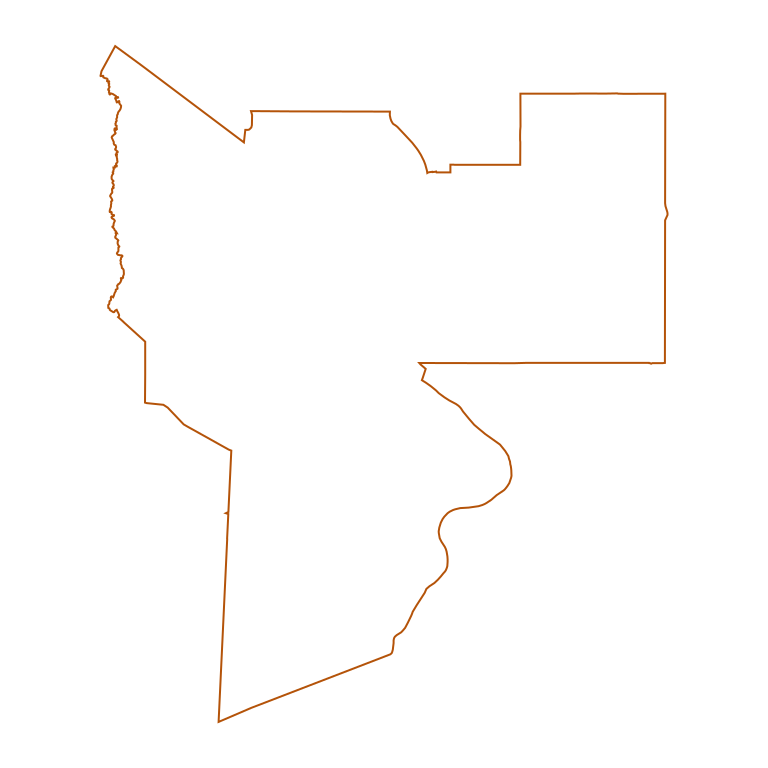 Murray Bridge, South Australia, Australia (Equal Earth projection)
{"feature_id": "25037944B7394804053319", "entity_name": "Murray Bridge", "entity_type": "district", "adm_level": 2, "iso_a3": "AUS", "parent_name": "Australia", "parent_adm1": "South Australia", "projection": "equal_earth", "projection_center": [139.209, -35.2], "detail": "fine", "context": "isolated", "style": "outline", "palette": "amber", "viewbox_px": 768, "rotation_deg": 0, "n_neighbors": 0, "source": "geoboundaries", "source_scale": "gbopen_adm2", "svg_char_len": 6041}
<svg xmlns="http://www.w3.org/2000/svg" viewBox="0 0 768 768"><path d="M218.6,721.9L251.2,707.9L390.4,654.3L391.7,653.1L392.2,651.9L392.8,649.7L393.6,643.1L393.6,640.4L393.9,638.8L394.2,637.9L394.9,636.7L396.7,635.1L401.2,632.3L402.9,630.5L405.1,627.9L407.8,622.8L411.2,615.8L412.1,613.6L412.7,611.8L416.6,605.3L424.7,592.8L426.4,588.9L429.5,586.2L434.4,583.0L437.7,579.9L440.7,576.6L443.3,573.4L445.1,571.4L446.0,569.9L446.8,567.9L447.3,566.2L447.6,562.0L447.6,559.2L447.4,556.3L446.6,551.6L445.9,549.2L444.9,547.0L441.4,541.6L439.7,538.2L438.8,533.0L438.7,531.3L439.3,527.6L440.8,522.7L442.6,519.1L444.3,516.7L447.6,513.2L449.7,511.7L453.1,510.0L455.2,509.3L460.2,508.1L468.7,507.6L478.5,506.2L482.4,505.0L484.7,504.0L486.5,503.0L491.3,499.8L496.7,495.1L503.7,490.4L504.8,489.4L506.2,487.7L507.4,486.1L509.3,483.1L511.1,477.8L511.5,475.9L511.3,470.2L511.1,468.3L510.8,466.1L510.3,464.3L510.0,461.5L509.0,458.8L508.4,456.2L508.0,455.5L505.2,451.0L501.4,446.3L500.1,444.7L499.2,444.0L485.3,434.1L478.9,428.8L474.2,424.8L468.9,418.7L463.0,411.5L461.0,408.4L459.8,407.0L458.4,405.7L456.0,404.0L449.4,400.5L444.4,397.3L438.8,393.2L436.0,390.4L430.7,386.1L425.9,382.7L421.9,380.2L422.8,377.7L425.7,368.9L420.6,364.5L419.3,363.0L514.3,363.2L525.2,362.9L649.0,362.9L649.1,363.1L650.3,363.2L651.1,363.7L652.4,363.1L662.9,363.1L664.9,362.9L665.1,220.3L667.5,215.0L667.5,213.3L667.3,212.0L665.5,206.2L665.1,203.2L665.3,93.7L623.6,93.8L620.4,93.7L618.1,93.7L617.8,93.5L617.3,93.4L605.3,93.6L582.0,93.5L572.3,93.7L520.4,93.7L520.5,126.6L520.2,130.4L520.1,135.0L520.1,140.1L520.3,142.0L520.2,164.8L454.5,164.8L453.9,164.7L450.4,164.7L450.4,172.4L436.5,172.4L436.1,171.5L435.1,171.8L432.5,172.1L432.4,171.8L429.3,172.2L428.3,172.4L427.3,173.0L426.9,170.4L425.3,164.6L423.9,160.9L420.9,154.9L418.3,150.7L416.6,148.3L412.2,142.7L405.4,135.4L397.4,126.9L395.5,125.4L393.3,124.0L392.7,123.3L391.4,121.1L390.5,118.6L389.8,115.2L389.9,111.6L293.9,111.4L251.0,111.1L252.1,115.0L251.9,125.2L251.3,127.5L249.3,129.5L247.9,129.9L245.3,129.9L243.9,142.4L142.6,66.2L115.2,46.1L101.5,71.2L100.5,75.9L100.7,76.1L103.0,75.8L103.3,76.1L103.2,77.0L103.4,77.4L105.2,78.2L106.8,78.5L107.5,79.1L107.6,79.5L107.1,80.5L107.1,81.2L107.7,81.5L108.9,81.2L109.1,81.4L109.2,81.8L108.6,82.6L108.5,83.1L109.2,83.8L109.2,84.2L108.8,84.9L108.8,85.2L108.9,85.9L109.5,86.5L109.4,87.5L108.4,88.9L108.2,89.7L108.3,89.9L108.8,89.8L109.2,90.7L108.9,92.2L109.3,93.0L109.4,93.4L109.3,93.8L109.5,94.2L109.9,94.5L110.1,94.4L110.8,93.4L112.8,94.0L116.0,96.1L116.1,96.7L116.6,96.9L118.0,97.2L118.1,97.6L117.6,97.8L115.3,98.0L115.2,98.1L115.2,98.5L115.9,99.8L116.3,100.6L116.6,102.0L116.9,102.4L117.8,102.0L118.6,101.2L119.1,101.1L119.2,101.3L119.4,101.8L119.3,103.2L119.5,103.6L120.7,105.2L121.1,105.8L121.0,107.1L120.5,108.9L119.6,110.5L118.6,111.6L117.9,113.1L117.8,114.1L117.1,115.2L117.1,117.4L116.3,119.1L116.7,120.8L116.5,121.2L115.9,121.7L115.9,122.8L115.4,123.6L115.7,125.3L116.6,125.7L116.6,127.7L116.9,129.2L116.1,129.9L115.4,129.9L115.3,128.9L114.9,128.4L114.7,128.5L114.5,128.9L114.4,130.2L114.8,131.1L115.2,132.7L115.6,133.1L115.2,133.8L113.8,134.8L112.9,135.8L112.1,136.3L111.7,137.3L112.0,138.2L113.8,142.1L113.7,143.3L114.1,144.4L114.3,144.7L115.6,145.3L116.1,146.9L116.0,147.8L115.2,149.0L115.2,149.6L116.2,150.3L116.6,150.9L117.4,151.3L117.7,151.8L117.6,152.4L116.6,152.9L116.3,153.4L116.3,153.9L117.0,154.6L117.0,154.9L116.7,155.1L115.9,155.0L116.0,155.6L116.8,156.6L116.8,157.7L117.2,159.0L117.1,160.1L117.5,161.3L117.3,162.3L117.0,162.8L116.3,163.3L116.1,163.6L116.1,164.5L116.4,165.1L116.8,165.6L116.7,166.4L116.3,166.5L115.2,165.8L114.8,166.1L114.8,166.5L115.0,167.1L114.9,167.5L113.4,167.5L113.5,168.4L113.8,169.1L113.8,169.4L113.3,170.5L113.4,171.0L113.3,171.7L112.7,172.2L112.7,172.6L113.2,173.3L113.2,173.7L112.4,174.6L111.6,176.6L111.6,178.3L111.8,179.2L112.9,180.5L113.4,180.9L113.4,181.3L112.6,182.0L112.4,182.6L112.6,183.2L113.6,184.4L113.8,185.3L113.6,185.9L113.0,186.6L113.0,187.0L113.6,187.6L113.5,188.1L113.3,188.3L112.6,188.4L112.2,188.6L112.0,189.4L112.1,190.6L112.3,192.0L112.2,192.6L112.1,192.9L111.4,193.5L110.2,195.6L110.2,196.4L110.9,197.3L111.9,199.1L112.3,200.2L112.2,200.7L111.4,201.2L111.1,201.6L111.3,203.3L110.9,205.2L111.0,206.3L110.6,207.8L110.2,208.8L109.8,210.2L109.7,211.6L109.8,212.0L110.6,212.2L111.2,211.9L111.5,212.1L111.7,212.6L111.5,213.7L111.6,214.1L112.5,214.7L114.0,215.2L114.0,215.7L112.5,216.4L111.7,216.9L111.5,217.2L111.6,217.6L112.0,218.3L113.9,219.4L114.8,220.7L114.7,221.3L114.1,222.4L113.6,223.9L113.5,225.6L113.2,226.2L112.4,226.6L112.4,226.8L112.5,227.2L114.0,228.5L114.7,230.2L115.9,231.3L116.6,232.6L116.1,232.4L115.7,232.6L115.6,233.2L116.3,234.4L115.2,236.9L115.3,237.7L118.1,240.1L118.3,240.4L117.7,241.6L117.6,243.3L117.8,244.1L118.5,245.7L119.3,246.4L119.2,246.8L118.4,247.6L118.4,250.8L118.2,251.5L117.5,252.2L117.0,253.1L116.9,253.4L117.1,253.9L117.9,254.8L120.3,255.3L121.6,255.3L122.3,255.7L122.4,256.2L122.3,256.4L120.9,258.1L121.0,259.2L120.5,260.1L120.4,260.6L120.9,261.8L120.8,262.8L120.6,263.6L121.5,265.5L121.8,267.0L121.9,268.0L122.9,268.7L123.5,269.7L123.7,270.4L123.9,274.0L123.6,275.0L123.0,276.4L123.1,277.5L122.8,278.1L122.3,278.4L121.1,278.0L120.9,278.2L120.9,278.7L121.3,280.0L121.1,280.2L120.9,281.1L120.6,281.9L119.2,283.8L118.3,284.1L118.0,284.7L117.2,285.5L117.3,286.9L117.5,287.7L117.5,288.7L117.0,289.1L115.8,289.7L115.7,290.0L115.8,291.1L114.7,292.9L113.6,296.3L113.1,297.3L111.9,296.4L111.5,296.5L111.1,296.7L110.8,297.6L111.0,299.6L110.9,300.0L109.5,301.3L109.3,303.5L109.1,304.2L108.4,304.8L108.2,305.1L108.3,307.9L109.2,308.3L109.5,308.6L109.8,309.8L110.3,310.3L113.2,312.1L113.8,312.2L114.3,312.0L115.0,310.8L116.2,310.0L116.7,309.8L116.9,310.2L117.2,311.1L118.1,312.6L119.0,314.7L119.1,315.7L118.8,316.4L118.1,317.1L123.5,321.9L123.5,322.0L145.2,341.7L145.2,374.8L145.0,402.6L146.6,403.1L163.4,404.8L167.7,407.6L183.7,424.4L187.3,426.5L228.7,449.6L231.3,450.6L228.4,512.0L225.9,513.2L228.3,514.0L227.1,538.7L227.2,538.9L218.6,721.9Z" fill="none" stroke="#b45309" stroke-width="2"/></svg>